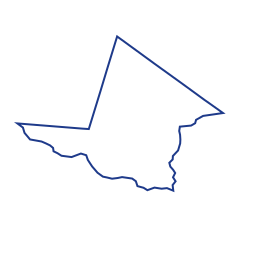 the district of Xexéu, Pernambuco, Brazil, rotated 50°
{"feature_id": "56859067B38372235502315", "entity_name": "Xexéu", "entity_type": "district", "adm_level": 2, "iso_a3": "BRA", "parent_name": "Brazil", "parent_adm1": "Pernambuco", "projection": "robinson", "projection_center": [-35.636, -8.841], "detail": "fine", "context": "isolated", "style": "outline", "palette": "blue", "viewbox_px": 256, "rotation_deg": 50, "n_neighbors": 0, "source": "geoboundaries", "source_scale": "gbopen_adm2", "svg_char_len": 867}
<svg xmlns="http://www.w3.org/2000/svg" viewBox="0 0 256 256"><g transform="rotate(50 128 128)"><path d="M177.6,45.6L160.7,50.0L155.5,51.4L133.6,56.8L95.3,66.5L50.9,77.5L68.9,105.3L82.0,125.3L103.6,158.7L99.1,163.4L53.4,209.8L60.1,208.2L65.2,210.4L73.8,210.4L82.8,202.9L87.0,200.8L91.2,198.9L95.1,198.2L98.0,200.0L102.0,198.2L106.5,196.8L114.0,189.9L117.3,180.5L122.0,177.5L126.7,179.3L134.4,180.2L142.7,180.1L149.1,178.5L152.4,175.9L156.6,172.8L159.7,168.0L161.8,164.1L169.4,157.3L173.8,156.2L178.6,158.1L183.8,154.5L188.1,153.1L190.7,146.0L196.1,141.3L199.1,136.8L205.1,133.6L200.4,130.5L199.4,125.8L194.7,125.2L192.8,120.8L189.0,120.3L184.8,120.4L181.2,118.7L180.8,114.0L178.3,111.6L177.4,104.1L173.4,98.0L170.5,95.3L166.7,92.5L163.2,90.7L160.3,87.4L166.7,78.1L167.5,73.5L165.5,70.6L167.0,62.7L177.6,45.6Z" fill="none" stroke="#1e3a8a" stroke-width="2"/></g></svg>